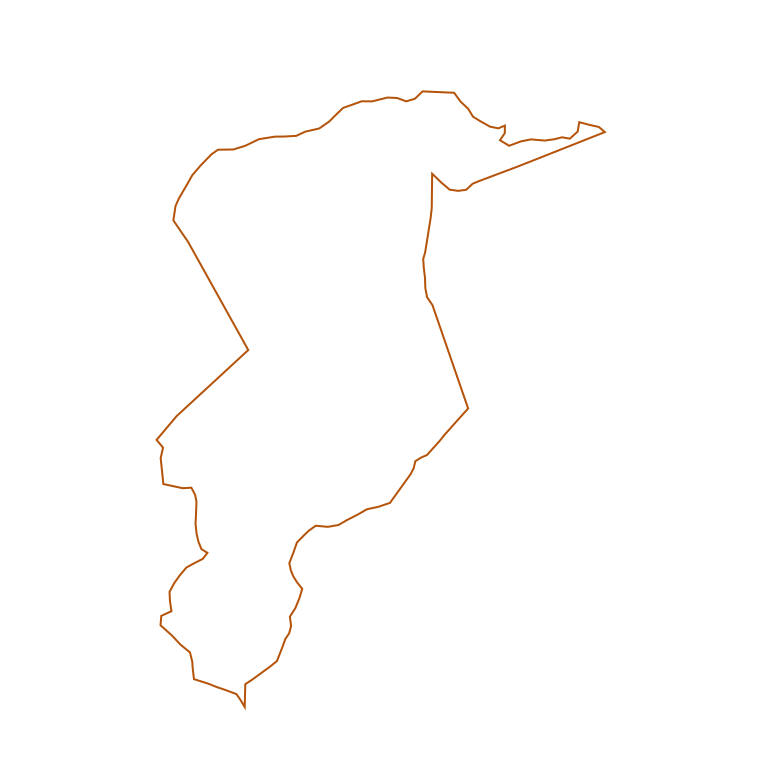 outline of Neópolis, Sergipe, Brazil, rotated 256°
{"feature_id": "56859067B29247551559532", "entity_name": "Neópolis", "entity_type": "district", "adm_level": 2, "iso_a3": "BRA", "parent_name": "Brazil", "parent_adm1": "Sergipe", "projection": "albers", "projection_center": [-36.673, -10.373], "detail": "fine", "context": "isolated", "style": "outline", "palette": "amber", "viewbox_px": 768, "rotation_deg": 256, "n_neighbors": 0, "source": "geoboundaries", "source_scale": "gbopen_adm2", "svg_char_len": 1918}
<svg xmlns="http://www.w3.org/2000/svg" viewBox="0 0 768 768"><g transform="rotate(256 384 384)"><path d="M340.3,145.7L331.6,163.4L330.0,172.0L322.2,173.9L315.3,173.6L303.8,170.3L293.9,167.3L283.8,165.9L275.8,165.8L268.0,166.9L262.9,171.8L258.2,165.9L256.1,156.8L253.8,148.0L247.5,139.2L241.8,132.6L234.2,125.6L225.1,123.8L215.0,122.8L212.9,111.8L203.9,108.8L191.6,117.2L180.3,123.5L170.5,130.8L161.1,130.8L154.3,129.6L143.6,128.2L136.0,140.6L130.2,148.7L126.2,155.0L118.8,165.8L111.9,168.4L104.3,170.7L126.3,176.8L129.4,185.6L133.5,195.6L137.1,204.5L141.1,213.1L152.6,221.3L160.5,226.6L165.0,231.6L171.6,235.3L181.0,236.4L187.9,243.7L196.8,250.2L205.0,255.1L212.5,251.7L219.1,249.5L225.8,248.5L233.1,248.8L241.0,254.4L251.3,261.2L256.5,269.7L260.0,275.8L263.0,283.5L259.0,294.9L258.2,305.8L260.9,315.0L263.7,327.0L266.6,337.2L266.2,348.2L267.2,361.0L289.9,387.8L295.2,392.5L301.5,395.7L303.6,402.0L304.7,408.5L309.8,416.1L315.5,424.5L320.1,430.5L324.7,437.3L329.8,444.7L339.9,459.7L448.8,450.1L457.8,446.8L467.0,447.3L476.8,449.4L487.6,450.8L495.9,452.3L501.6,455.7L534.0,469.5L543.2,472.9L576.4,481.6L565.2,488.6L556.7,494.7L553.4,502.8L552.6,510.8L556.9,518.5L558.0,526.2L561.3,554.6L562.7,566.7L575.0,659.2L581.4,654.7L585.6,646.3L590.8,636.8L582.1,633.0L577.1,623.7L580.3,616.4L580.3,608.5L581.3,598.9L585.8,585.7L586.3,575.6L584.9,563.0L592.5,555.5L598.2,561.9L605.5,563.8L604.4,556.9L608.0,549.2L615.9,540.8L621.9,535.0L630.6,532.3L639.5,526.6L649.6,522.5L658.6,492.2L653.3,483.0L652.9,473.9L658.3,466.0L661.1,456.7L661.1,441.0L663.7,430.8L661.8,411.1L655.4,400.0L651.9,394.3L647.6,382.9L647.9,368.7L646.0,358.9L648.3,346.8L650.4,338.0L651.8,322.0L648.7,306.9L648.0,294.5L651.5,279.6L648.7,272.3L640.3,258.8L632.9,248.4L626.7,242.6L613.7,229.9L607.0,224.7L593.7,219.2L569.2,228.3L449.8,260.5L403.0,175.0L384.8,149.8L375.7,154.2L366.2,149.4L340.3,145.7Z" fill="none" stroke="#b45309" stroke-width="2"/></g></svg>